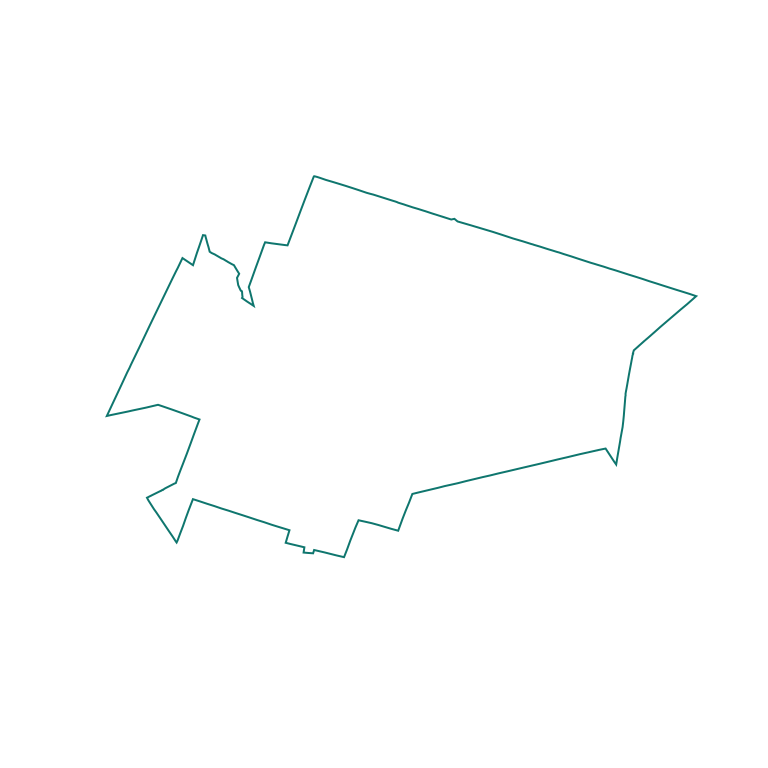 Comlosu Mare, Timis, Romania (Equal Earth projection), rotated 304°
{"feature_id": "2599482B85434037080352", "entity_name": "Comlosu Mare", "entity_type": "district", "adm_level": 2, "iso_a3": "ROU", "parent_name": "Romania", "parent_adm1": "Timis", "projection": "equal_earth", "projection_center": [20.641, 45.886], "detail": "fine", "context": "isolated", "style": "outline", "palette": "teal", "viewbox_px": 768, "rotation_deg": 304, "n_neighbors": 0, "source": "geoboundaries", "source_scale": "gbopen_adm2", "svg_char_len": 3898}
<svg xmlns="http://www.w3.org/2000/svg" viewBox="0 0 768 768"><g transform="rotate(304 384 384)"><path d="M631.4,593.7L629.6,587.1L627.6,580.4L625.6,573.8L623.6,567.0L621.6,560.2L619.6,553.3L617.6,546.6L615.7,539.7L613.7,532.9L611.7,526.3L609.7,519.4L607.9,513.2L606.9,509.9L605.8,506.5L605.2,504.3L604.1,500.4L602.1,494.0L601.2,491.0L600.2,487.9L598.3,481.3L596.4,474.7L594.7,468.6L594.5,467.9L592.7,461.9L592.3,460.6L590.9,455.5L590.3,453.8L588.8,448.8L587.8,445.6L586.9,442.6L585.2,436.7L584.6,434.8L583.2,430.4L583.0,429.5L582.9,429.2L582.3,427.5L582.3,427.4L579.9,419.3L576.8,409.6L573.7,398.6L570.9,388.9L567.7,378.7L563.5,365.3L559.9,354.1L560.3,350.0L558.0,347.8L557.8,347.2L552.2,328.2L550.3,321.4L549.8,319.8L548.3,314.7L546.4,308.7L546.2,307.9L544.5,302.0L544.0,300.1L542.6,295.5L542.2,294.1L542.2,293.7L541.7,291.6L540.8,288.7L538.9,282.3L536.9,275.5L535.0,269.1L534.0,266.3L532.8,262.7L530.7,255.0L528.8,248.3L526.8,241.4L524.8,234.8L522.8,228.3L520.7,221.7L519.1,215.7L518.2,212.6L517.3,210.1L517.0,209.8L516.7,209.8L505.0,212.4L492.8,215.2L480.5,218.1L468.0,221.1L456.1,223.9L445.0,226.5L443.9,224.4L440.7,218.0L437.6,211.8L435.0,206.2L432.0,206.8L420.5,209.7L408.8,212.6L396.7,215.7L388.7,217.7L385.5,221.5L379.3,228.4L377.9,229.9L375.9,232.3L375.9,231.2L375.8,224.5L375.9,218.2L377.0,218.1L377.8,217.4L378.2,217.0L380.0,215.6L381.1,214.7L381.3,214.4L381.5,214.1L381.5,213.7L381.4,213.6L381.4,213.4L381.3,213.2L381.4,212.9L383.3,209.7L384.5,207.8L386.6,205.8L389.8,202.8L392.6,202.5L394.4,202.3L396.0,198.7L397.8,194.8L398.6,193.2L398.3,191.0L397.9,186.2L397.9,185.3L397.8,183.9L397.7,181.2L397.4,179.8L397.2,178.6L397.2,178.0L396.9,173.5L396.8,172.0L396.8,171.4L396.2,167.8L396.2,167.5L396.2,167.0L396.2,165.5L397.1,164.5L399.4,161.9L401.6,159.2L404.8,155.5L405.8,154.3L407.2,152.8L406.2,150.7L401.2,152.1L394.2,154.0L388.1,155.6L375.7,159.2L375.7,151.6L375.7,146.5L365.0,148.1L361.5,148.5L352.7,149.7L343.7,151.0L326.3,153.5L323.5,153.9L302.0,157.0L280.1,160.3L272.5,161.4L258.5,163.4L255.0,164.0L250.1,164.6L237.1,166.7L215.2,170.1L210.8,170.8L202.5,172.1L205.9,175.3L218.3,187.4L221.4,190.3L231.0,199.6L235.1,203.4L240.4,208.3L241.7,213.0L244.3,222.7L247.0,233.2L249.4,242.8L249.9,245.2L251.4,250.9L247.9,251.7L236.7,254.4L226.3,257.0L216.5,259.4L205.2,262.0L199.0,263.4L191.8,265.1L185.5,266.8L184.2,265.9L176.2,261.5L175.3,261.0L174.2,260.5L173.1,260.1L172.4,259.9L172.3,259.5L170.6,258.8L170.6,258.7L162.9,254.3L157.2,251.1L155.8,253.7L153.0,260.1L151.6,263.3L150.2,267.1L147.5,273.8L144.7,280.7L142.1,287.1L139.4,293.9L136.9,299.8L136.6,300.7L138.7,300.4L146.5,298.5L153.9,296.8L161.8,294.7L169.9,292.7L181.7,290.0L183.7,296.9L185.8,304.4L187.9,311.5L189.9,318.9L192.1,326.1L194.1,333.2L196.2,340.4L198.2,347.4L200.3,354.9L202.4,361.9L204.5,369.6L206.3,375.6L208.2,381.8L209.9,387.4L203.7,389.3L197.4,391.3L198.9,395.5L200.6,400.0L202.3,404.5L204.1,409.3L199.3,411.6L201.4,415.4L204.0,419.9L207.3,418.9L211.1,428.8L215.3,440.4L218.1,447.7L226.2,445.9L235.4,443.6L244.0,441.7L248.9,440.6L256.8,439.1L259.5,445.9L261.8,451.8L264.0,458.3L266.0,464.7L267.9,470.7L270.3,477.8L282.8,474.7L291.7,472.7L299.6,471.1L308.7,469.0L314.1,473.9L328.1,486.8L333.4,491.5L337.9,495.8L343.3,500.9L349.6,506.5L355.8,512.2L361.8,517.7L367.4,523.0L373.7,528.7L381.3,535.8L389.0,542.9L398.6,551.8L404.4,557.2L411.7,563.9L418.6,570.2L425.9,577.0L435.3,585.6L442.7,592.6L449.4,598.9L454.4,603.8L448.4,618.1L447.1,621.5L448.2,621.0L453.4,618.6L468.5,611.8L471.2,610.5L481.7,605.9L486.9,603.2L491.9,600.5L495.6,598.4L503.8,593.8L508.4,591.2L509.3,590.8L509.8,590.6L510.8,589.8L513.0,588.8L515.6,587.7L519.0,586.2L528.8,581.8L533.4,579.8L540.6,576.7L541.7,576.2L544.6,575.0L546.5,574.1L548.0,573.7L548.3,573.7L548.4,573.3L551.6,572.3L565.4,575.8L570.0,577.1L582.7,580.4L585.5,581.1L593.5,583.3L611.6,588.3L619.8,590.7L631.0,593.6L631.4,593.7Z" fill="none" stroke="#0f766e" stroke-width="2"/></g></svg>